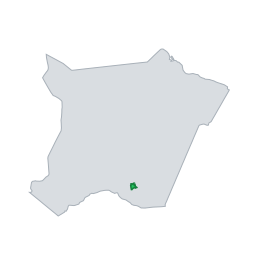 Mosop, Rift Valley, Kenya shown in context, rotated 264°
{"feature_id": "3690345B59171839823035", "entity_name": "Mosop", "entity_type": "district", "adm_level": 2, "iso_a3": "KEN", "parent_name": "Kenya", "parent_adm1": "Rift Valley", "projection": "orthographic", "projection_center": [35.043, 0.418], "detail": "fine", "context": "in_parent", "style": "filled", "palette": "green", "viewbox_px": 256, "rotation_deg": 264, "n_neighbors": 0, "source": "geoboundaries", "source_scale": "gbopen_adm2", "svg_char_len": 4020}
<svg xmlns="http://www.w3.org/2000/svg" viewBox="0 0 256 256"><g transform="rotate(264 128 128)"><path d="M46.2,156.9L46.2,153.4L46.7,144.4L46.6,136.6L47.1,132.7L49.0,130.2L49.9,128.4L50.5,125.8L51.5,123.8L53.8,122.1L54.3,121.2L56.7,118.4L58.1,114.8L59.2,113.6L60.6,112.4L61.6,111.8L63.2,111.3L64.4,110.9L64.7,110.6L64.8,110.0L64.4,107.8L64.9,107.1L65.7,105.6L66.7,104.2L67.6,103.3L68.1,102.4L68.3,100.9L68.4,99.7L68.4,97.9L68.1,93.8L67.0,90.3L66.4,86.5L66.9,85.2L66.1,83.0L65.7,82.8L65.0,82.3L64.2,80.2L63.5,78.3L63.1,77.8L60.4,76.1L59.0,72.1L57.5,71.2L56.6,67.2L56.5,66.0L57.3,62.1L57.3,61.1L56.3,60.3L53.8,59.4L51.7,57.8L51.9,57.2L52.1,56.6L51.0,56.2L47.8,49.4L51.9,45.4L56.1,41.2L61.4,36.0L66.3,31.2L70.5,27.0L74.3,23.3L74.2,24.0L74.2,25.0L74.7,25.6L75.5,26.0L76.6,25.5L77.5,25.0L78.4,24.8L84.1,26.4L85.0,27.7L85.0,29.2L85.2,30.2L84.8,31.3L84.3,34.5L84.5,37.4L86.2,39.5L87.7,41.2L88.9,43.6L89.8,44.4L91.0,44.7L94.9,44.8L100.7,45.0L106.2,45.1L106.7,45.2L107.9,45.5L113.0,48.7L117.7,51.7L121.7,54.2L125.5,56.7L129.3,59.2L132.2,61.2L135.0,61.8L139.7,62.1L142.9,62.2L145.8,63.0L150.3,63.8L153.6,64.2L155.5,64.7L161.1,65.1L162.0,64.8L164.4,62.6L167.1,59.0L168.1,57.0L171.6,55.0L177.8,52.2L182.1,50.3L186.9,48.3L189.2,50.0L192.2,52.7L193.6,54.1L194.7,54.7L196.3,55.1L198.3,55.1L199.4,55.0L201.6,54.7L206.8,54.3L209.8,54.4L207.3,58.0L204.4,62.3L198.9,70.3L194.7,74.5L191.5,77.7L191.2,78.3L191.2,81.8L191.3,90.5L191.4,107.8L191.5,125.2L191.6,142.5L191.6,151.2L191.6,154.1L194.4,157.8L197.2,161.3L200.8,166.0L202.7,168.5L203.0,169.4L202.9,171.1L199.9,174.6L197.5,176.2L194.2,177.0L193.2,176.8L191.9,176.3L191.4,177.2L191.0,178.5L190.3,178.2L189.8,177.8L190.1,180.2L190.4,181.3L189.9,182.9L188.3,184.3L188.2,185.4L184.7,188.4L179.8,188.8L177.2,190.3L176.0,191.5L175.2,194.2L175.4,198.3L174.1,201.5L173.8,203.1L171.2,205.1L170.1,207.0L169.3,208.9L168.5,209.8L167.7,214.1L166.5,216.7L166.2,217.5L165.9,218.3L164.9,219.8L164.3,220.9L163.9,221.6L160.9,228.3L158.5,231.3L156.7,230.9L155.5,232.1L155.3,232.7L154.7,232.4L153.2,231.3L150.0,229.0L146.9,226.7L143.8,224.5L140.6,222.2L137.5,219.9L134.4,217.7L131.2,215.4L128.1,213.1L126.2,211.8L125.4,211.0L124.8,209.4L124.5,209.0L123.6,208.6L122.7,208.4L122.4,208.1L122.4,207.4L122.7,206.3L123.9,204.2L124.0,203.0L123.8,201.6L123.4,199.4L123.1,198.9L121.0,197.7L116.7,195.3L112.3,192.8L107.9,190.4L103.5,187.9L99.2,185.5L94.8,183.0L90.4,180.6L86.0,178.1L81.6,175.7L77.3,173.3L72.9,170.8L68.5,168.4L64.1,165.9L59.7,163.5L55.3,161.0L50.9,158.6L49.3,157.6L47.8,156.9L46.2,156.9ZM191.9,180.6L191.1,180.8L191.5,179.6L193.8,178.1L194.7,178.4L194.9,178.8L194.8,179.1L194.4,179.4L191.9,180.6Z" fill="#d9dde1" stroke="#a8b0b8" stroke-width="1"/><path d="M72.5,127.8L72.5,127.7L72.4,127.6L72.3,127.4L72.2,127.3L72.2,127.2L72.0,126.9L71.9,126.9L71.9,126.7L71.7,126.5L71.8,126.4L72.0,126.2L72.1,125.9L72.1,125.6L72.2,125.3L72.2,125.2L71.9,125.2L71.7,125.2L71.4,125.0L71.2,125.0L71.2,124.9L70.9,124.8L70.9,125.0L70.7,125.1L70.4,124.9L70.2,124.8L70.0,124.7L69.9,124.7L69.7,124.7L69.4,124.7L69.2,124.7L68.9,124.7L68.7,124.7L68.5,124.8L68.3,124.8L68.1,124.8L67.9,124.8L67.7,124.8L67.4,124.8L67.2,124.9L66.9,124.9L66.7,124.9L66.4,124.9L66.2,124.9L66.0,125.0L65.8,125.0L66.0,125.1L66.2,125.3L66.3,125.4L66.4,125.5L66.5,125.5L66.8,125.7L66.8,125.8L66.9,126.0L67.0,126.2L67.1,126.3L67.3,126.4L67.3,126.5L67.5,126.8L67.6,127.0L67.7,127.3L67.8,127.4L67.8,127.5L67.9,127.8L67.9,128.0L67.9,128.4L67.9,128.5L67.8,128.8L67.8,129.0L67.7,128.9L67.5,129.0L67.6,129.3L67.6,129.5L67.7,129.8L67.8,129.9L67.8,130.0L68.0,130.3L68.0,130.5L68.2,130.4L68.3,130.3L68.6,129.9L68.7,129.7L68.7,129.4L68.8,129.2L69.0,129.1L69.3,129.1L69.4,129.3L69.5,129.3L69.6,129.2L69.8,129.2L70.0,129.2L70.1,128.9L70.3,128.8L70.3,128.7L70.3,128.4L70.4,128.2L70.5,128.2L70.8,128.2L70.8,128.3L70.9,128.5L70.9,128.8L71.0,128.9L71.0,129.0L71.3,129.1L71.4,128.9L71.4,128.7L71.4,128.4L71.5,128.3L71.5,128.2L71.6,127.9L71.8,127.8L72.0,127.8L72.3,127.8L72.4,127.7L72.5,127.8L72.5,127.8Z" fill="#22c55e" stroke="#15803d" stroke-width="1.5"/></g></svg>